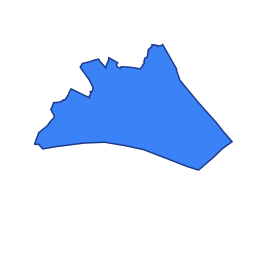 Ketu South, Volta, Ghana (Robinson projection), rotated 49°
{"feature_id": "2480657B7709388821831", "entity_name": "Ketu South", "entity_type": "district", "adm_level": 2, "iso_a3": "GHA", "parent_name": "Ghana", "parent_adm1": "Volta", "projection": "robinson", "projection_center": [1.022, 6.081], "detail": "fine", "context": "isolated", "style": "filled", "palette": "blue", "viewbox_px": 256, "rotation_deg": 49, "n_neighbors": 0, "source": "geoboundaries", "source_scale": "gbopen_adm2", "svg_char_len": 3509}
<svg xmlns="http://www.w3.org/2000/svg" viewBox="0 0 256 256"><g transform="rotate(49 128 128)"><path d="M64.9,155.1L65.1,156.0L65.2,156.4L65.2,156.9L65.1,157.2L64.9,157.6L64.7,157.9L64.4,158.4L64.2,159.1L64.1,159.4L64.1,159.5L64.2,159.8L64.4,160.0L64.6,160.2L64.6,160.3L64.7,160.5L64.3,161.0L64.1,161.3L63.8,162.0L63.3,163.0L62.9,163.6L62.8,163.9L62.6,164.1L62.1,164.9L61.7,165.5L61.2,166.1L60.6,167.0L60.3,167.3L60.0,167.4L62.4,171.8L63.3,174.0L70.9,175.8L72.1,179.0L72.0,179.6L71.9,180.1L71.8,180.5L71.9,180.9L72.0,181.3L72.2,181.7L72.2,182.0L72.1,182.3L72.1,182.6L72.2,182.9L72.3,183.1L72.4,183.3L72.6,183.5L72.6,183.8L72.7,184.1L72.7,184.5L72.6,184.8L72.7,185.2L72.8,185.6L73.0,186.1L73.2,186.5L73.3,187.0L73.4,187.3L73.4,187.5L73.4,187.9L73.2,192.5L73.2,192.8L73.2,193.3L73.1,193.9L73.1,194.6L73.1,195.2L73.1,195.7L73.0,196.2L73.0,196.8L73.0,197.4L72.9,198.3L73.2,198.8L76.5,205.0L78.8,208.9L79.0,208.9L79.3,208.9L79.6,208.8L80.0,208.3L80.4,207.7L80.9,207.1L81.4,206.4L81.6,206.1L87.8,206.1L95.0,194.3L110.4,171.2L123.3,155.1L139.7,141.5L154.5,130.5L175.7,119.2L195.6,108.8L206.1,102.3L206.1,88.4L206.2,82.7L205.5,70.7L206.6,58.4L193.9,58.4L181.2,57.8L155.4,58.2L126.1,57.5L125.7,57.5L124.6,57.0L123.7,56.5L122.5,56.0L121.4,55.6L120.3,55.3L118.5,54.4L116.4,53.8L115.6,52.7L87.8,47.1L87.8,47.4L87.8,47.8L87.8,48.2L87.7,48.5L87.4,49.0L87.2,49.4L86.9,49.8L86.7,50.1L86.6,50.4L86.4,50.7L86.2,50.9L86.1,51.2L86.0,51.5L86.0,51.8L85.9,52.0L85.8,52.3L85.6,52.2L85.2,51.8L84.5,51.9L84.0,52.3L83.3,53.1L83.0,53.4L82.9,53.4L82.7,53.5L82.4,53.7L82.1,53.9L81.7,54.2L81.4,54.7L81.1,55.2L80.9,55.4L81.5,55.7L81.7,55.8L81.9,55.9L82.2,56.1L82.3,56.3L82.3,56.5L82.2,56.8L82.1,57.0L82.1,57.4L82.0,57.5L82.1,57.9L82.3,58.0L82.3,58.3L82.3,58.5L82.2,58.7L82.1,59.0L82.1,59.4L82.2,59.7L82.2,59.9L82.2,60.2L82.2,60.5L82.2,61.1L82.3,61.4L82.6,61.8L87.0,66.7L87.0,66.9L87.0,67.2L87.0,67.3L86.9,67.6L86.7,67.9L86.7,68.1L86.7,68.4L86.7,68.5L86.5,69.0L86.6,69.6L86.6,69.9L86.8,70.2L86.9,70.4L87.1,70.6L87.3,70.8L87.5,70.9L87.7,71.0L87.9,71.6L88.0,71.9L88.0,72.1L88.2,72.3L88.3,72.5L88.6,72.6L88.9,72.6L89.2,72.7L89.4,72.8L89.7,73.1L90.0,73.4L90.1,73.7L90.1,74.0L90.0,74.3L89.9,74.5L89.7,74.7L89.9,75.1L90.6,76.2L91.4,80.1L91.1,80.3L90.6,80.7L90.3,81.0L90.0,81.2L89.3,81.5L88.8,82.0L88.6,82.2L88.3,82.4L88.0,82.7L87.6,83.0L86.7,83.8L86.1,84.4L85.7,84.7L83.3,86.7L80.0,90.2L77.2,93.1L77.9,94.8L74.4,96.0L73.3,95.7L73.1,95.5L72.8,95.2L72.5,94.4L72.3,93.5L72.0,93.0L62.3,96.4L62.7,96.9L63.4,97.6L63.9,98.1L64.2,98.6L64.5,99.2L64.9,100.0L65.2,100.7L67.4,104.7L67.6,105.0L67.8,105.2L67.5,105.2L58.5,105.5L56.9,104.9L56.7,105.2L56.3,105.8L56.0,106.3L55.5,107.2L55.1,107.9L54.8,108.6L54.4,109.4L54.2,110.2L53.9,111.0L53.7,111.5L53.2,112.5L52.5,114.1L51.7,115.6L51.2,116.7L50.6,117.7L50.0,118.9L49.4,120.2L50.8,124.2L52.9,124.5L54.7,124.7L56.4,124.8L58.2,124.9L59.5,125.0L60.8,125.1L63.3,125.4L67.5,125.9L68.0,126.1L69.2,126.5L70.0,126.6L70.6,126.8L72.3,127.2L73.0,127.4L73.6,127.6L74.2,127.8L75.2,128.3L75.4,128.7L75.6,129.2L75.9,129.6L76.1,130.0L76.5,130.5L76.7,131.0L76.9,131.5L76.9,131.9L76.7,132.1L76.3,132.2L76.0,132.2L75.9,132.3L75.9,132.7L76.0,132.9L76.4,132.9L76.8,132.9L77.2,133.1L77.5,133.3L77.7,133.8L77.9,134.4L78.0,134.7L78.3,135.5L78.3,135.8L78.8,136.3L79.1,136.7L79.4,136.9L79.8,137.1L75.0,139.4L72.4,140.5L63.9,144.1L61.1,145.3L61.2,145.5L61.3,145.8L61.8,147.0L62.1,147.7L62.5,148.8L62.9,149.7L63.3,150.4L63.5,151.0L63.8,151.7L64.1,152.7L64.5,153.8L64.9,155.1Z" fill="#3b82f6" stroke="#1e3a8a" stroke-width="1.5"/></g></svg>